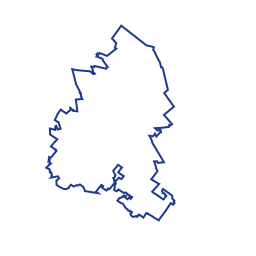 outline of Huehuetán, Chiapas, Mexico, rotated 120°
{"feature_id": "50627088B5794115738301", "entity_name": "Huehuetán", "entity_type": "district", "adm_level": 2, "iso_a3": "MEX", "parent_name": "Mexico", "parent_adm1": "Chiapas", "projection": "equal_earth", "projection_center": [-92.394, 15.021], "detail": "fine", "context": "isolated", "style": "outline", "palette": "blue", "viewbox_px": 256, "rotation_deg": 120, "n_neighbors": 0, "source": "geoboundaries", "source_scale": "gbopen_adm2", "svg_char_len": 5743}
<svg xmlns="http://www.w3.org/2000/svg" viewBox="0 0 256 256"><g transform="rotate(120 128 128)"><path d="M169.8,50.2L169.8,50.4L170.0,50.6L170.1,50.9L169.3,51.5L169.2,51.4L168.7,51.2L168.3,51.5L168.0,51.6L167.7,51.6L167.6,52.1L167.5,52.6L167.1,53.7L167.0,54.5L166.6,54.7L166.3,54.7L165.8,55.0L165.0,55.8L164.9,55.8L164.5,56.0L164.5,56.8L164.5,57.0L164.4,57.2L164.3,57.8L164.1,59.3L164.0,60.8L163.7,63.6L163.6,65.1L163.4,66.6L163.4,67.0L163.6,66.9L163.7,67.1L163.8,67.2L164.0,67.3L164.3,67.3L164.7,67.3L164.9,67.2L165.6,67.0L166.3,66.0L166.8,65.7L167.1,64.9L166.4,63.7L166.5,63.4L167.3,62.5L167.3,61.6L167.4,61.2L167.5,60.9L167.9,60.8L168.7,61.5L169.0,61.3L169.7,61.2L171.1,61.4L171.4,61.3L171.9,61.4L172.3,61.8L172.1,63.7L171.9,65.3L171.8,67.0L171.6,67.9L171.5,70.0L171.4,71.5L171.5,72.3L171.5,72.7L171.2,74.4L171.1,75.2L169.6,75.0L164.3,73.7L161.7,73.4L160.9,73.1L160.9,76.8L160.8,80.7L160.8,82.2L154.7,81.4L152.6,81.1L150.7,80.9L150.1,81.6L149.7,82.2L149.5,82.6L149.4,82.9L148.7,83.6L148.3,83.9L148.1,84.1L147.1,84.9L143.8,88.7L143.2,87.5L143.0,87.1L142.4,86.5L142.3,86.4L143.3,84.6L139.7,79.8L138.7,81.6L138.5,81.9L137.3,84.0L130.9,95.5L129.4,98.2L128.7,99.3L125.9,102.5L124.0,105.6L122.7,102.2L119.4,101.8L121.2,99.2L115.4,97.8L115.2,97.5L114.9,98.0L114.7,97.7L113.4,98.8L113.5,99.1L114.1,99.8L114.3,99.9L114.5,100.3L115.0,100.6L115.5,101.1L115.4,101.7L114.7,104.5L112.4,101.0L111.3,99.4L106.6,93.1L104.6,93.7L104.7,92.7L102.6,91.8L98.7,103.4L91.8,100.9L88.0,99.4L86.6,98.9L84.0,104.5L82.5,107.9L81.4,110.1L80.4,112.3L79.6,114.1L75.0,112.5L63.6,123.3L61.2,125.5L59.9,126.8L58.3,128.5L59.0,129.5L54.9,133.5L53.9,135.4L50.7,140.4L48.6,143.1L48.6,143.6L48.1,144.2L47.6,145.4L45.4,145.8L45.1,146.4L47.2,153.4L42.8,185.0L58.5,186.6L59.3,184.0L60.5,180.5L65.0,179.5L65.1,177.8L76.1,182.2L77.2,189.9L78.6,190.2L78.4,191.7L80.0,192.1L80.2,190.5L81.7,190.8L81.6,190.6L81.0,185.8L80.9,184.5L82.3,183.1L82.3,182.9L85.0,176.9L85.1,177.3L87.3,176.3L87.5,176.3L91.3,188.9L91.3,188.7L92.2,188.0L93.1,190.6L93.4,190.4L93.0,189.7L93.9,189.0L94.0,189.0L96.2,186.8L96.7,186.8L97.6,184.0L97.8,184.2L98.2,184.5L98.4,185.0L98.6,184.9L98.7,185.1L97.8,189.1L102.0,198.0L104.0,202.4L104.1,202.8L104.6,204.4L104.8,205.5L104.9,205.8L107.5,203.1L109.8,200.9L116.0,194.9L119.3,189.8L121.4,186.5L121.7,187.1L122.8,185.3L123.8,184.9L125.7,182.0L129.4,187.4L132.3,185.2L134.0,183.8L135.7,182.6L136.7,181.9L138.9,180.2L140.6,184.4L139.7,184.7L140.1,186.5L139.7,187.0L139.4,187.5L139.4,188.1L140.4,187.5L140.9,187.0L141.2,186.8L143.0,187.6L146.3,188.6L145.7,195.4L150.5,196.0L157.7,195.3L157.9,191.7L157.6,191.2L162.4,186.0L164.4,188.1L162.0,191.2L162.7,191.8L166.0,190.1L167.5,195.4L172.6,192.2L173.1,183.6L177.4,184.6L180.2,185.1L182.5,185.5L182.8,181.9L182.9,179.6L183.5,179.7L183.7,178.5L192.3,180.0L192.6,181.8L192.8,181.7L193.2,181.6L193.5,181.5L194.2,181.2L194.6,181.0L194.8,180.8L195.4,180.6L194.6,180.4L194.6,180.0L195.7,180.1L196.0,179.2L197.1,178.8L197.0,178.2L197.7,178.2L198.0,178.1L198.0,177.8L197.8,177.1L199.9,178.0L203.3,178.9L203.1,175.4L202.9,175.4L203.0,175.1L204.4,174.0L204.9,174.0L204.9,173.2L205.1,173.4L205.5,173.1L205.7,172.8L205.7,172.5L205.7,172.3L205.7,172.1L205.8,171.7L206.0,171.3L206.1,170.9L206.3,170.5L206.7,170.3L207.3,170.4L207.7,170.4L208.0,170.3L208.2,169.8L208.7,169.6L209.4,169.8L204.9,164.5L206.0,162.5L209.3,163.7L212.9,161.5L213.2,157.8L213.1,154.5L212.9,153.7L212.9,153.3L212.7,152.7L212.3,151.7L212.0,151.4L211.4,150.8L209.8,149.5L209.7,149.7L205.7,149.1L205.7,147.1L205.9,145.9L203.1,143.8L202.9,142.6L202.7,142.4L201.5,141.8L201.0,141.5L200.9,140.8L201.1,139.1L201.3,138.8L201.2,138.1L201.7,136.7L204.1,133.7L199.4,121.3L199.3,121.9L199.4,122.6L199.3,123.2L199.2,123.4L199.1,123.9L197.1,123.6L196.1,123.4L194.9,123.3L192.3,122.8L190.6,122.6L190.7,120.5L192.0,120.7L192.6,120.7L192.7,119.1L192.8,118.6L192.9,115.3L192.3,115.2L190.4,115.2L190.2,113.4L182.3,112.2L182.0,112.2L181.2,112.8L180.6,113.0L180.3,113.9L179.4,114.3L179.2,114.8L178.7,115.8L177.3,114.9L176.8,114.9L175.9,115.3L175.1,115.3L175.0,115.6L174.1,117.2L173.0,118.6L172.4,119.4L167.7,118.6L166.5,118.5L166.0,118.4L165.4,118.4L164.8,118.2L164.9,116.6L165.2,115.0L165.2,113.4L169.0,114.1L171.2,114.3L171.6,111.9L171.7,110.6L171.8,107.6L173.9,107.8L174.2,108.0L175.6,108.2L175.7,111.1L177.8,111.5L178.3,111.7L179.8,112.2L180.7,112.1L181.6,111.2L182.3,110.7L184.4,110.9L185.1,110.4L185.9,109.8L186.5,109.6L188.2,109.3L188.6,109.1L188.6,108.3L188.5,107.0L188.3,106.0L187.4,105.8L186.6,105.5L186.0,105.5L186.0,104.8L186.3,102.0L186.2,101.1L186.3,100.0L186.3,99.9L186.4,99.4L186.5,99.1L185.2,98.2L185.1,97.8L185.2,96.5L185.6,95.9L185.4,95.6L185.8,91.7L185.8,90.6L185.8,89.9L187.3,90.2L187.7,90.2L188.0,90.2L187.8,91.5L187.7,92.3L189.3,92.7L189.9,92.7L189.9,93.6L189.6,94.8L189.5,96.1L189.2,96.0L188.0,95.9L188.3,96.2L188.4,97.1L188.8,97.0L189.3,97.0L189.2,98.1L189.6,98.3L190.4,98.6L190.9,98.4L193.1,100.5L196.3,100.8L196.3,99.5L196.4,99.2L196.4,97.9L196.5,97.2L196.5,96.6L196.4,95.9L196.3,95.3L196.2,95.1L196.1,94.8L196.2,94.5L196.3,94.1L196.8,93.1L197.7,91.4L198.1,90.8L198.4,90.3L198.6,89.5L198.6,89.2L198.5,88.9L198.6,88.3L198.7,87.9L198.9,87.5L199.0,87.2L199.4,86.9L199.4,86.5L199.4,85.4L199.0,84.8L198.8,84.8L198.7,83.2L198.9,82.6L199.5,82.3L200.1,82.6L200.5,83.0L200.9,83.2L201.4,82.5L201.8,82.2L202.2,81.7L202.4,80.9L202.5,79.5L202.3,79.0L201.0,77.6L200.9,77.4L200.7,77.3L200.7,77.1L200.7,76.9L200.1,76.8L200.1,76.3L200.1,76.1L200.1,75.9L200.3,75.9L200.3,75.7L197.6,75.5L197.7,74.6L198.1,74.6L197.4,73.9L197.9,69.8L192.5,69.7L192.6,68.2L192.6,67.7L192.2,67.7L192.3,66.2L192.4,61.7L192.6,60.9L192.6,55.2L192.1,55.3L187.3,54.7L181.9,54.1L171.7,53.4L171.9,51.7L171.9,51.1L171.9,50.6L170.4,50.3L169.8,50.2Z" fill="none" stroke="#1e3a8a" stroke-width="2"/></g></svg>